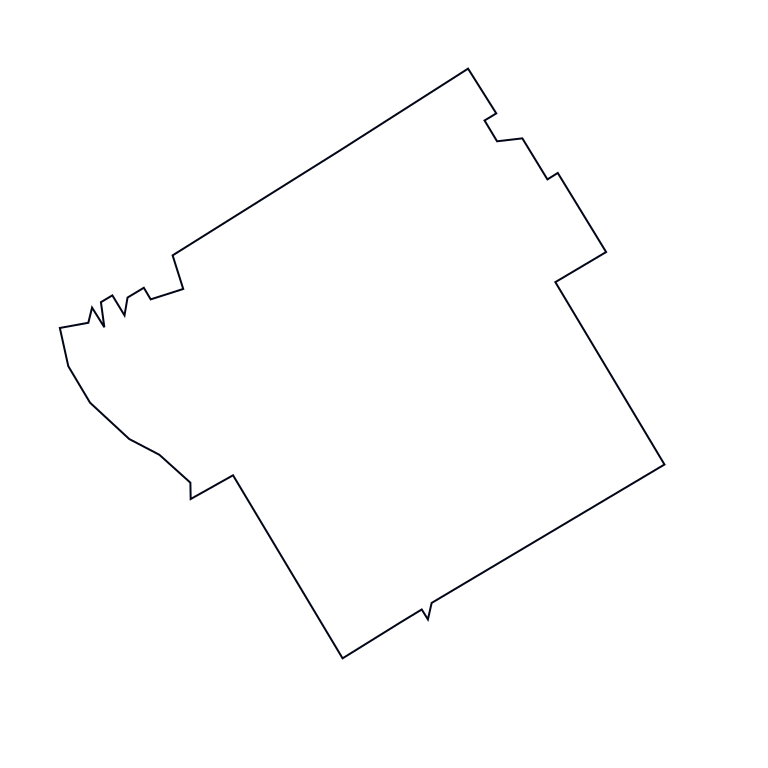 outline of Randolph, Georgia, United States of America, rotated 148°
{"feature_id": "52423323B38582621445702", "entity_name": "Randolph", "entity_type": "district", "adm_level": 2, "iso_a3": "USA", "parent_name": "United States of America", "parent_adm1": "Georgia", "projection": "mercator", "projection_center": [-84.71, 31.774], "detail": "fine", "context": "isolated", "style": "outline", "palette": "ink", "viewbox_px": 768, "rotation_deg": 148, "n_neighbors": 0, "source": "geoboundaries", "source_scale": "gbopen_adm2", "svg_char_len": 598}
<svg xmlns="http://www.w3.org/2000/svg" viewBox="0 0 768 768"><g transform="rotate(148 384 384)"><path d="M125.7,378.2L124.8,470.9L137.0,470.9L136.5,519.0L159.5,529.9L159.1,554.2L145.4,554.0L145.6,606.9L297.8,605.4L495.1,605.1L503.9,571.0L537.0,579.4L536.7,592.9L555.7,593.2L567.7,579.7L567.4,603.1L580.7,603.4L591.1,580.3L591.1,603.5L602.3,592.6L629.2,603.3L642.3,566.4L643.2,523.9L629.2,472.3L612.0,443.0L600.5,402.9L608.9,388.9L560.4,386.6L564.5,173.3L496.0,173.1L471.5,172.8L471.5,161.1L459.6,173.1L188.8,167.1L184.7,379.6L125.7,378.2Z" fill="none" stroke="#020617" stroke-width="2"/></g></svg>